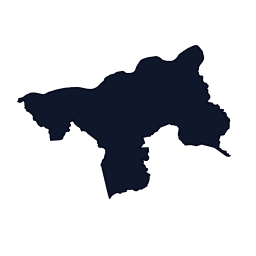 Miracema do Tocantins, Tocantins, Brazil (Robinson projection), rotated 256°
{"feature_id": "56859067B23142311952787", "entity_name": "Miracema do Tocantins", "entity_type": "district", "adm_level": 2, "iso_a3": "BRA", "parent_name": "Brazil", "parent_adm1": "Tocantins", "projection": "robinson", "projection_center": [-48.568, -9.714], "detail": "fine", "context": "isolated", "style": "filled", "palette": "ink", "viewbox_px": 256, "rotation_deg": 256, "n_neighbors": 0, "source": "geoboundaries", "source_scale": "gbopen_adm2", "svg_char_len": 5885}
<svg xmlns="http://www.w3.org/2000/svg" viewBox="0 0 256 256"><g transform="rotate(256 128 128)"><path d="M76.3,218.9L76.5,219.9L77.0,219.3L77.8,218.9L78.5,218.8L78.9,217.7L79.4,216.9L80.5,217.2L81.4,217.3L81.9,216.5L82.9,214.4L83.5,213.5L84.7,213.0L85.7,212.3L86.3,211.4L87.2,211.2L90.0,212.1L91.3,212.9L91.9,213.4L92.6,213.4L93.3,212.9L95.1,212.9L95.9,214.0L96.8,214.0L97.4,214.9L98.4,215.3L98.8,216.3L99.0,217.2L98.4,218.0L98.7,219.9L100.0,220.7L100.6,221.6L101.4,222.5L102.2,223.1L102.9,224.2L103.3,225.6L104.3,226.1L105.2,226.3L106.3,226.7L108.4,227.1L109.2,227.4L110.7,228.3L112.5,228.1L113.2,227.1L114.2,227.0L115.0,226.4L115.6,225.7L116.5,226.3L117.9,226.3L118.9,226.1L119.6,225.4L119.7,224.2L119.9,223.3L120.7,223.4L121.3,223.8L121.8,224.6L122.6,224.7L123.6,221.7L124.2,221.1L124.9,220.7L125.4,221.3L126.2,221.5L126.9,221.3L127.7,220.8L128.7,220.4L128.7,219.1L128.8,217.6L129.6,216.8L129.5,216.0L130.6,216.2L131.5,215.5L132.0,214.9L132.3,214.0L132.3,213.2L132.9,212.7L133.4,212.1L133.5,211.0L134.3,211.2L135.2,211.2L137.0,213.8L137.7,214.5L139.3,214.9L141.6,214.1L142.4,213.7L143.1,213.6L144.5,214.2L145.2,214.4L145.9,214.2L146.3,213.6L147.0,213.1L148.1,214.7L148.6,215.2L149.3,215.7L150.2,215.6L150.8,214.9L151.7,214.9L152.4,214.2L152.5,213.2L153.3,212.6L155.4,211.7L156.2,211.6L157.0,211.7L157.8,212.2L158.7,212.4L159.5,212.7L160.3,212.4L160.6,210.7L161.2,210.1L162.6,209.2L163.5,209.1L164.2,209.5L166.3,209.0L167.7,210.2L168.7,210.6L169.6,210.6L170.4,211.3L171.4,212.0L172.1,212.7L173.3,214.3L174.9,216.2L176.2,217.4L176.9,217.8L178.0,218.1L179.2,218.3L183.5,218.3L184.3,218.4L185.9,217.5L187.7,216.8L189.7,215.8L190.6,215.2L191.3,214.0L191.4,213.1L191.4,211.4L190.4,206.2L189.8,204.1L187.4,197.5L186.7,195.9L186.0,194.9L185.2,194.2L183.8,192.5L182.7,190.6L182.0,188.4L181.9,187.3L182.0,185.3L182.5,184.1L183.0,181.9L183.9,179.9L185.1,177.9L185.8,177.3L187.4,176.2L188.9,174.8L189.7,173.6L190.2,172.7L190.4,171.6L190.5,170.3L191.1,164.2L191.1,162.8L190.7,158.8L190.5,158.0L190.2,157.2L189.4,155.9L185.2,151.6L181.7,149.2L181.1,148.6L180.5,147.4L180.0,145.1L180.1,143.9L180.9,140.0L181.3,139.1L183.3,137.5L184.0,136.6L184.1,135.6L184.2,133.8L184.4,131.4L184.3,130.2L183.9,129.1L183.6,128.4L183.4,127.3L183.4,126.6L183.4,123.1L182.8,122.3L182.4,119.8L181.7,118.1L180.8,117.3L179.7,116.7L179.0,115.9L177.6,112.9L175.8,110.1L174.8,108.3L174.2,106.2L173.9,103.6L173.9,102.7L174.1,101.6L175.0,98.4L175.8,96.5L178.3,91.4L179.3,88.6L180.6,82.8L180.9,79.9L181.5,76.9L181.9,69.7L181.9,66.9L181.6,62.9L181.6,60.7L181.5,59.7L180.5,55.6L180.5,54.4L180.7,53.5L181.4,51.8L181.9,51.0L184.2,46.1L184.9,43.3L185.0,41.9L184.4,37.8L184.0,36.5L182.9,34.2L182.7,33.2L182.6,32.3L182.7,29.2L181.6,29.0L180.3,27.7L179.8,28.4L179.3,29.2L179.5,31.5L180.0,32.1L180.1,32.9L179.6,34.0L178.7,34.2L177.9,34.3L176.9,34.1L175.7,34.0L174.8,33.6L174.1,34.0L173.2,33.9L172.6,33.0L171.9,33.5L170.8,34.1L169.9,34.0L169.1,34.3L168.5,35.1L168.2,35.8L167.5,36.5L166.7,36.8L164.6,38.5L163.8,38.8L162.3,39.2L161.4,39.0L160.6,39.0L160.0,38.5L158.5,38.8L158.0,40.0L157.3,40.8L155.5,41.4L154.5,41.5L152.6,42.3L152.0,42.8L151.5,43.3L150.7,43.8L150.5,44.7L150.8,46.4L150.4,47.2L148.6,48.3L147.9,49.0L146.9,50.8L146.1,51.7L142.4,50.3L141.6,51.0L140.9,51.1L137.7,50.5L135.0,50.2L134.3,53.7L133.4,59.2L133.3,60.5L133.7,61.5L134.5,62.2L136.5,63.4L136.7,64.3L137.4,65.0L138.6,65.4L139.3,66.0L139.9,68.2L139.3,69.0L139.9,70.6L140.7,70.6L141.4,70.0L142.2,69.7L142.8,70.1L143.3,70.7L144.2,71.1L144.0,72.2L145.2,72.7L145.6,71.9L146.3,71.9L147.0,72.2L147.7,72.4L147.8,73.2L148.3,73.7L148.5,74.7L149.7,75.6L149.3,76.4L148.3,76.2L147.5,76.9L146.8,77.3L146.1,77.5L145.4,77.5L144.8,78.0L142.4,79.5L140.7,81.3L139.9,81.8L139.3,82.1L137.7,82.2L136.6,82.5L136.7,83.5L136.3,84.7L135.9,85.6L134.6,87.1L133.1,87.7L123.6,95.3L122.4,95.7L121.7,95.2L120.8,95.0L119.9,95.5L118.7,95.6L118.1,95.0L117.4,95.3L116.6,95.5L116.1,96.2L116.3,97.3L115.1,99.0L115.0,100.1L113.8,100.4L112.9,101.2L112.0,101.3L109.8,100.7L108.7,100.7L108.0,99.8L107.3,99.3L106.6,99.5L106.1,98.8L105.0,98.2L104.0,97.9L103.3,96.5L102.3,95.4L100.6,94.7L100.1,94.1L99.4,93.5L98.5,93.0L97.6,93.3L96.8,93.7L95.7,93.4L70.8,93.1L64.6,93.2L65.0,94.1L65.8,94.7L66.6,95.6L67.9,99.2L68.2,100.6L68.0,102.7L67.6,103.6L66.8,104.3L66.7,105.1L67.3,105.7L67.6,106.5L67.3,107.4L67.3,108.2L67.2,110.2L67.3,111.0L68.7,111.4L68.8,112.7L68.1,115.5L68.0,117.2L67.6,118.0L67.0,118.6L66.4,119.0L65.7,119.7L65.4,120.8L65.3,121.6L65.5,122.5L66.1,123.6L66.3,124.8L65.8,125.6L65.6,126.4L66.1,127.4L66.5,129.5L67.1,130.9L67.3,132.0L68.3,132.6L69.1,132.6L69.9,134.0L70.8,134.3L71.6,135.1L74.4,136.3L76.0,136.5L77.1,137.7L77.8,137.4L78.2,136.8L78.2,135.8L78.8,135.2L79.4,135.7L79.9,134.8L80.8,134.3L81.6,134.3L82.1,135.8L82.7,136.7L83.8,136.7L84.2,136.0L84.8,135.3L85.7,135.0L86.7,135.3L88.2,134.5L89.0,133.8L89.7,133.6L91.4,134.6L92.3,134.2L92.8,133.5L93.5,133.3L93.8,134.4L93.4,135.2L93.1,136.2L92.4,137.4L92.1,138.6L92.7,139.4L93.0,140.2L93.7,140.6L95.3,140.7L97.1,139.9L98.1,140.2L98.9,140.7L100.1,141.9L100.7,142.2L101.7,142.2L102.8,142.5L103.8,142.6L104.2,140.6L105.2,135.7L105.6,134.7L106.3,134.0L106.8,135.7L107.6,137.2L108.6,137.5L109.0,138.3L109.2,139.5L109.5,140.3L116.3,139.8L115.7,140.9L115.4,142.1L115.5,144.9L115.0,146.6L115.2,147.7L115.8,148.2L116.2,149.1L116.0,150.1L116.8,151.4L117.4,152.0L118.2,154.0L118.1,154.8L118.2,155.7L118.9,156.1L119.3,156.8L120.0,157.5L120.4,158.4L121.2,159.3L122.4,168.7L122.3,169.5L121.9,170.2L121.3,170.6L120.8,171.1L120.7,172.8L120.0,173.5L119.5,174.5L119.2,175.5L118.6,176.4L116.8,177.3L116.0,177.8L114.4,177.6L109.8,175.5L109.1,175.4L107.4,175.6L105.8,175.3L104.9,175.4L104.3,175.8L103.6,176.5L102.0,177.5L100.5,177.8L99.7,178.7L97.9,179.5L97.6,180.8L97.0,184.9L96.7,185.6L94.7,189.7L94.5,190.5L94.8,194.7L94.7,195.6L94.4,196.4L89.7,205.2L88.5,207.3L87.9,207.9L78.0,216.3L77.2,217.1L76.3,218.9Z" fill="#0f172a" stroke="#020617" stroke-width="1.5"/></g></svg>